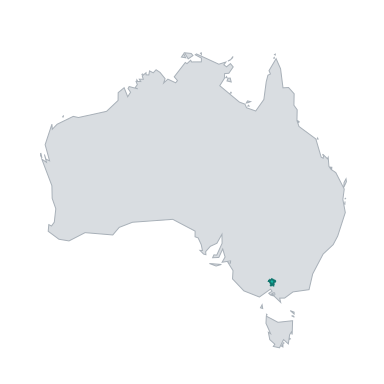 location of Mitchell, Victoria, Australia, rotated 6°
{"feature_id": "25037944B63787272509894", "entity_name": "Mitchell", "entity_type": "district", "adm_level": 2, "iso_a3": "AUS", "parent_name": "Australia", "parent_adm1": "Victoria", "projection": "mercator", "projection_center": [145.144, -37.175], "detail": "fine", "context": "in_parent", "style": "filled", "palette": "teal", "viewbox_px": 384, "rotation_deg": 6, "n_neighbors": 0, "source": "geoboundaries", "source_scale": "gbopen_adm2", "svg_char_len": 5328}
<svg xmlns="http://www.w3.org/2000/svg" viewBox="0 0 384 384"><g transform="rotate(6 192 192)"><path d="M267.2,60.2L271.6,78.9L277.1,78.0L283.3,83.6L284.3,95.1L288.0,99.2L288.9,110.0L291.6,115.7L309.6,126.3L316.8,143.8L318.9,144.7L319.2,141.6L323.2,144.8L323.8,143.2L325.5,152.2L327.8,154.9L333.0,157.7L343.1,173.2L342.8,183.6L346.6,196.4L341.5,220.6L337.9,229.6L328.9,240.0L320.6,260.8L318.6,276.9L302.9,280.8L295.2,287.8L290.3,288.4L291.7,292.5L284.1,286.6L285.2,285.2L284.7,283.7L283.3,283.7L280.8,286.2L278.9,284.7L282.0,282.3L280.2,280.4L270.0,289.4L253.9,284.9L241.4,274.2L241.0,265.9L235.2,258.4L237.7,258.7L237.6,256.5L229.3,258.7L231.7,253.2L228.5,245.4L225.5,254.3L219.4,255.2L220.4,252.2L223.2,252.2L227.3,239.9L226.2,230.9L222.1,240.4L215.9,244.1L211.8,249.9L212.4,252.9L210.0,252.5L206.0,249.2L208.5,249.1L206.7,243.4L202.9,237.0L199.7,236.2L199.2,230.6L175.7,221.2L136.0,228.3L123.3,234.8L117.7,243.0L89.9,243.6L74.8,253.5L64.6,252.9L53.1,246.1L53.0,239.4L55.8,240.5L58.2,236.4L58.3,222.9L53.6,212.9L52.0,200.4L39.2,175.0L44.2,177.7L41.3,170.1L43.3,174.6L47.1,175.9L41.0,160.3L45.6,139.2L46.5,144.2L50.8,138.7L66.0,129.2L71.3,129.8L98.6,120.7L108.9,108.7L108.2,100.9L113.6,95.4L118.1,104.0L120.5,99.2L117.6,95.8L118.5,93.7L127.3,95.1L124.5,94.3L126.4,90.9L124.8,87.9L129.5,87.5L127.8,85.3L131.8,85.0L130.4,81.8L133.8,78.2L134.1,80.3L136.8,80.1L137.1,76.0L141.0,77.5L143.5,74.2L147.7,76.4L153.4,82.1L152.4,86.6L156.2,82.3L164.3,85.1L165.9,82.7L162.3,79.3L171.8,63.9L173.6,64.9L176.9,61.1L178.0,62.7L187.7,61.6L187.4,57.9L180.9,55.2L182.0,54.2L205.3,62.1L212.1,59.2L210.4,62.2L213.3,63.9L216.8,60.3L219.9,63.3L216.2,70.1L212.1,70.8L212.3,75.7L208.5,83.4L229.7,97.6L235.5,99.1L237.4,102.5L246.9,104.8L253.8,92.5L254.3,74.6L255.3,67.9L257.7,66.4L255.9,63.3L261.7,50.6L267.2,60.2ZM278.9,307.7L291.1,312.6L305.5,309.5L306.5,323.3L305.5,320.8L304.0,323.8L303.7,333.0L298.5,329.2L295.3,337.8L289.0,337.1L290.3,334.7L284.8,330.7L282.6,323.5L285.0,324.7L279.3,314.9L278.9,307.7ZM170.0,54.3L176.7,54.3L178.7,56.2L174.3,60.0L170.0,54.3ZM216.8,261.3L228.8,261.0L223.7,263.1L216.8,261.3ZM218.1,74.7L219.5,78.5L215.2,77.9L215.9,75.1L218.1,74.7ZM342.5,171.4L342.2,166.7L343.8,162.8L344.5,165.6L342.5,171.4ZM302.1,299.7L306.1,300.8L306.3,302.7L302.1,299.7ZM169.3,55.4L171.7,59.2L167.4,58.9L169.3,55.4ZM274.5,300.5L272.2,300.0L273.5,296.8L274.5,300.5ZM240.8,96.0L238.7,97.2L236.7,97.8L237.7,95.6L240.8,96.0ZM39.2,173.9L37.6,171.7L37.4,169.5L37.7,169.4L39.2,173.9ZM305.4,304.5L306.9,305.8L304.0,304.7L305.4,304.5ZM326.9,152.8L328.5,152.8L328.5,154.8L326.9,152.8ZM289.4,109.8L291.3,111.0L290.9,111.7L289.4,109.8ZM298.4,334.3L298.6,336.6L297.1,335.9L298.4,334.3ZM345.2,185.4L345.3,188.1L345.1,188.0L345.2,185.4ZM187.0,54.1L185.9,53.1L186.7,52.6L187.0,54.1ZM218.3,54.3L216.7,56.2L218.6,52.9L218.3,54.3ZM345.4,182.3L344.7,183.2L345.2,182.2L345.4,182.3ZM220.8,89.3L219.8,89.7L220.3,88.7L220.8,89.3ZM214.8,74.6L213.6,74.8L214.3,73.6L214.8,74.6ZM56.3,129.3L56.0,130.9L55.5,130.8L56.3,129.3ZM259.8,49.7L259.7,51.0L259.3,50.1L259.8,49.7ZM283.3,284.5L283.6,285.5L283.2,285.2L283.3,284.5ZM216.2,56.8L214.0,58.1L216.3,56.4L216.2,56.8ZM130.6,79.9L129.7,80.8L130.3,79.8L130.6,79.9ZM299.3,332.6L298.5,333.1L299.0,332.2L299.3,332.6ZM239.8,100.6L238.6,100.6L239.2,99.8L239.8,100.6ZM126.0,86.9L125.4,87.4L125.4,86.2L126.0,86.9ZM305.2,327.8L304.1,328.5L304.4,327.2L305.2,327.8ZM260.5,46.2L260.4,47.1L259.7,46.6L260.5,46.2ZM282.7,285.8L283.8,286.8L282.0,286.5L282.7,285.8ZM311.8,126.2L311.0,126.2L311.3,125.2L311.8,126.2ZM318.5,141.4L318.1,141.4L318.4,140.6L318.5,141.4ZM279.4,306.0L279.2,306.8L278.9,305.8L279.4,306.0Z" fill="#d9dde1" stroke="#a8b0b8" stroke-width="1"/><path d="M277.6,272.4L277.6,272.5L277.5,272.8L277.8,272.8L278.0,272.8L278.7,272.8L278.8,272.8L279.0,273.0L279.0,273.3L278.9,273.3L278.9,273.5L278.9,273.8L279.0,273.9L279.3,273.9L279.6,273.9L279.7,274.0L279.8,274.1L279.7,274.4L279.7,274.5L279.9,274.6L280.0,274.6L279.9,274.9L280.0,274.9L280.1,275.0L280.1,274.9L280.1,275.0L280.3,275.1L280.2,275.1L280.4,275.1L280.4,275.3L280.5,275.3L280.4,275.4L280.4,275.5L280.3,275.8L280.3,276.0L280.2,276.2L280.3,276.2L280.3,276.3L280.4,276.2L280.3,276.3L280.2,276.5L280.3,276.5L280.2,276.5L280.3,276.5L280.2,276.5L281.0,276.7L281.0,276.4L281.1,276.0L281.6,276.1L281.7,275.9L281.9,275.7L282.0,275.7L282.1,275.8L282.3,275.8L282.5,275.8L282.5,276.0L282.8,276.3L282.8,276.2L283.1,275.8L283.1,275.4L283.1,275.2L283.1,274.9L283.1,275.0L283.1,274.8L283.0,274.7L282.8,274.7L282.6,274.6L282.5,274.4L282.4,274.4L282.4,274.5L282.3,274.4L282.3,274.2L282.3,273.9L282.5,273.8L282.6,273.7L282.8,273.6L282.9,273.4L282.8,273.2L283.0,273.2L283.3,272.9L283.5,272.8L283.8,272.8L283.8,272.7L284.1,272.5L284.1,272.2L284.3,272.1L284.3,271.9L284.2,271.8L284.1,271.7L283.9,271.6L283.7,271.7L283.6,271.8L283.4,272.0L283.4,271.9L283.2,271.8L283.3,271.7L283.2,271.6L283.3,271.4L283.2,271.4L283.1,271.2L282.9,271.1L282.7,271.3L282.0,271.3L282.0,271.2L282.0,270.9L281.9,270.8L281.8,270.7L281.7,270.6L281.4,270.4L281.2,270.4L280.6,270.2L280.6,270.3L280.6,270.5L280.4,270.5L280.2,270.5L279.8,270.8L279.7,270.9L279.7,271.0L279.6,271.4L279.5,271.5L279.4,271.5L279.2,271.5L278.9,271.6L278.8,271.8L278.7,271.7L278.7,271.8L278.4,272.0L278.4,271.9L278.2,271.8L277.9,271.9L277.7,271.9L277.6,272.0L277.6,272.3L277.6,272.4Z" fill="#14b8a6" stroke="#0f766e" stroke-width="1.5"/></g></svg>